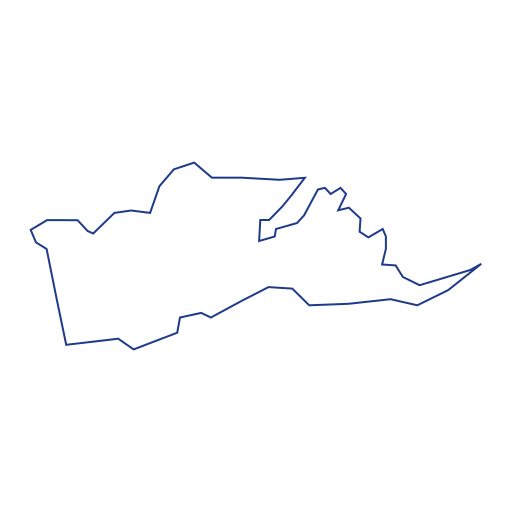 North, orthographic projection
{"feature_id": "HKG-5168", "entity_name": "North", "entity_type": "state/province", "adm_level": 1, "iso_a3": "HKG", "parent_name": "Hong Kong S.A.R.", "parent_adm1": "", "projection": "orthographic", "projection_center": [114.21, 22.516], "detail": "fine", "context": "isolated", "style": "outline", "palette": "blue", "viewbox_px": 512, "rotation_deg": 0, "n_neighbors": 0, "source": "natural_earth", "source_scale": "10m", "svg_char_len": 874}
<svg xmlns="http://www.w3.org/2000/svg" viewBox="0 0 512 512"><path d="M194.2,162.6L211.9,177.7L242.2,177.7L279.6,179.8L296.0,178.5L304.8,177.8L291.3,195.5L282.3,206.5L269.1,220.0L260.3,220.0L259.1,241.0L274.7,236.5L276.0,229.0L297.1,223.0L304.1,215.3L318.0,189.4L325.0,187.9L330.6,194.0L340.5,187.9L346.1,194.0L338.2,210.3L348.9,207.7L360.5,218.5L359.6,231.7L368.4,237.4L382.7,229.0L385.9,236.5L385.9,248.8L382.1,264.5L395.6,265.4L402.9,277.0L419.6,285.2L470.2,270.0L481.3,263.8L448.2,290.1L417.3,305.3L390.6,299.2L348.5,303.8L309.2,305.3L292.3,288.6L268.5,287.1L241.8,300.8L210.9,317.5L201.1,312.9L180.0,317.5L177.2,332.7L133.6,349.4L118.2,338.7L66.2,344.8L56.4,297.6L46.6,249.0L36.0,242.4L30.7,229.9L47.1,220.1L77.6,220.2L87.6,231.0L93.2,233.5L114.4,212.9L131.1,210.5L150.1,212.9L159.4,186.2L173.9,169.3L194.2,162.6Z" fill="none" stroke="#1e3a8a" stroke-width="2"/></svg>